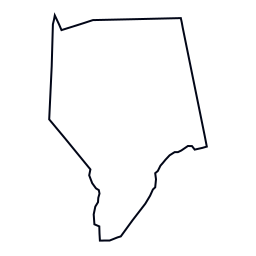 Alagoinha, Pernambuco, Brazil (Natural Earth projection)
{"feature_id": "56859067B2538648753645", "entity_name": "Alagoinha", "entity_type": "district", "adm_level": 2, "iso_a3": "BRA", "parent_name": "Brazil", "parent_adm1": "Pernambuco", "projection": "natural_earth1", "projection_center": [-36.752, -8.511], "detail": "fine", "context": "isolated", "style": "outline", "palette": "ink", "viewbox_px": 256, "rotation_deg": 0, "n_neighbors": 0, "source": "geoboundaries", "source_scale": "gbopen_adm2", "svg_char_len": 772}
<svg xmlns="http://www.w3.org/2000/svg" viewBox="0 0 256 256"><path d="M120.8,236.4L132.5,220.3L145.3,203.7L150.1,195.7L152.9,189.5L155.2,187.3L156.0,179.3L155.2,173.2L157.8,171.0L160.5,165.6L162.8,163.0L165.5,159.7L169.6,155.3L174.7,152.1L178.0,152.1L181.3,150.5L187.9,146.0L192.0,146.1L194.7,149.6L202.3,147.9L206.8,146.6L204.8,136.3L203.3,128.9L182.7,27.6L181.7,22.1L180.8,18.1L159.4,18.6L142.8,19.0L111.2,19.7L92.9,20.1L82.8,23.4L61.5,30.1L59.0,24.3L54.8,15.4L54.0,19.7L52.9,24.3L51.7,66.3L49.2,119.4L64.3,137.5L90.4,169.4L89.2,175.3L90.7,179.3L92.2,183.2L96.0,188.4L98.8,190.1L99.5,193.6L98.3,197.8L98.0,202.2L95.3,206.6L93.7,214.4L94.4,224.3L99.3,226.4L99.5,233.5L99.9,240.6L109.7,240.5L117.5,237.4L120.8,236.4Z" fill="none" stroke="#020617" stroke-width="2"/></svg>